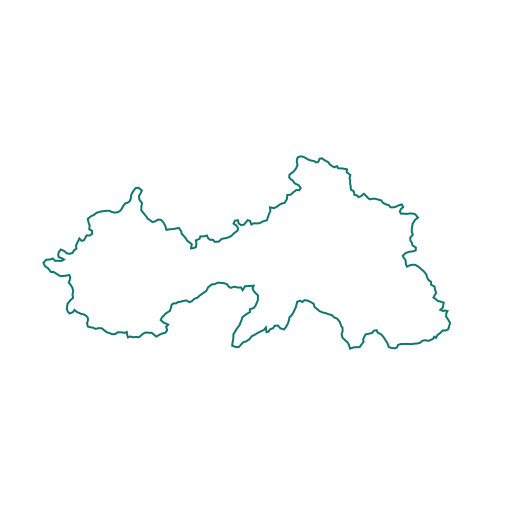 the district of Tapiraí, São Paulo, Brazil, rotated 14°
{"feature_id": "56859067B25724400047231", "entity_name": "Tapiraí", "entity_type": "district", "adm_level": 2, "iso_a3": "BRA", "parent_name": "Brazil", "parent_adm1": "São Paulo", "projection": "albers", "projection_center": [-47.631, -23.999], "detail": "fine", "context": "isolated", "style": "outline", "palette": "teal", "viewbox_px": 512, "rotation_deg": 14, "n_neighbors": 0, "source": "geoboundaries", "source_scale": "gbopen_adm2", "svg_char_len": 5744}
<svg xmlns="http://www.w3.org/2000/svg" viewBox="0 0 512 512"><g transform="rotate(14 256 256)"><path d="M436.6,242.4L432.9,241.5L431.9,238.6L429.1,237.5L427.0,235.2L425.8,232.7L422.7,230.4L419.2,228.6L416.2,227.1L412.7,226.1L410.4,226.5L408.0,227.5L405.0,229.8L403.4,227.6L402.2,224.0L399.8,222.0L398.3,220.3L400.5,216.9L403.7,214.8L407.5,213.4L409.6,211.9L409.1,209.2L405.3,207.8L404.1,205.6L402.1,203.6L401.2,200.9L403.0,197.4L401.3,194.8L400.5,191.3L400.2,186.6L401.6,182.4L403.9,179.6L400.4,177.0L397.6,176.9L394.5,177.7L391.8,178.8L389.1,179.2L386.3,179.8L384.8,178.0L385.2,175.5L387.0,172.9L385.0,170.7L382.3,172.2L379.9,174.3L377.7,175.5L374.7,176.2L372.6,174.5L369.9,174.5L366.4,173.8L363.9,171.7L360.8,171.7L358.1,171.6L355.4,172.2L352.5,173.5L350.3,172.4L348.0,170.8L345.6,169.5L343.3,172.7L341.2,174.1L339.1,172.7L336.8,173.0L335.0,169.4L332.1,168.8L330.9,165.3L329.7,162.6L329.1,160.0L327.9,157.7L328.0,154.7L323.7,152.7L323.3,149.9L319.2,150.1L314.4,151.0L312.9,149.2L310.5,151.0L308.2,150.4L305.1,149.1L303.4,147.5L299.9,146.6L296.2,145.3L294.2,146.3L293.7,149.5L291.6,150.7L289.3,149.8L286.7,150.1L283.9,149.9L278.2,148.3L274.8,148.6L272.8,150.0L272.3,152.4L273.0,155.3L274.3,157.5L273.6,161.5L272.0,165.2L270.2,167.2L268.8,169.1L269.2,171.7L271.2,173.2L273.3,173.8L276.0,176.2L280.3,177.0L282.9,179.1L282.2,181.7L279.2,182.2L276.8,185.1L274.9,188.1L271.6,189.3L272.2,193.3L270.9,197.6L268.5,198.8L266.7,200.2L264.6,202.8L262.0,205.2L257.8,205.4L259.0,208.5L258.6,211.2L258.3,214.3L257.9,218.7L254.6,220.6L251.5,223.3L249.2,224.1L245.9,224.8L243.9,226.6L241.8,223.4L239.3,223.2L236.7,228.5L234.2,229.6L231.3,228.6L229.9,225.7L227.0,226.8L226.4,230.0L229.6,231.2L231.7,233.2L232.0,235.8L229.2,239.2L227.2,242.5L224.4,244.9L221.2,246.5L218.6,247.7L216.4,251.1L212.3,252.2L210.4,250.7L207.6,251.4L205.1,250.2L203.4,248.0L200.7,249.5L197.2,250.5L197.1,252.9L193.9,255.4L195.0,258.0L195.6,261.7L193.6,263.4L191.1,264.3L190.9,260.2L188.3,258.9L185.8,258.0L183.4,255.7L180.8,253.8L178.5,252.5L177.5,250.2L174.4,247.4L171.9,248.6L169.1,249.9L166.2,250.8L162.7,252.3L160.7,248.7L157.7,245.5L155.0,243.9L152.1,244.4L149.3,247.2L147.2,248.1L144.3,246.8L142.1,246.1L140.2,244.4L138.5,243.1L135.8,241.1L133.6,239.3L132.9,236.4L132.6,232.2L129.1,229.4L127.9,226.2L128.8,223.3L129.4,220.0L125.5,218.2L122.7,219.3L120.9,223.6L120.1,227.1L120.6,230.4L120.2,233.4L118.5,235.4L116.2,236.8L114.9,240.2L114.2,243.0L112.9,245.5L111.0,247.1L108.5,248.1L105.3,248.2L103.0,247.6L100.0,248.3L95.7,249.9L90.9,252.6L88.7,255.5L86.4,257.2L83.8,260.6L85.3,263.8L87.2,266.7L87.8,270.5L90.8,271.2L91.7,274.2L89.7,276.4L86.6,277.0L86.0,279.6L85.1,282.6L82.9,283.4L80.4,281.7L79.6,285.6L78.8,289.3L80.0,292.3L78.1,294.4L77.3,297.3L74.6,299.0L71.7,299.2L69.1,297.7L65.1,296.9L63.7,299.9L63.8,302.8L64.9,304.8L68.3,305.2L70.5,305.9L68.3,307.9L65.0,308.5L62.4,309.3L59.4,307.6L56.8,309.3L53.3,310.4L51.4,314.0L53.7,317.0L57.0,318.1L60.9,321.1L63.5,320.5L66.4,321.4L70.9,322.9L74.8,321.7L79.5,319.6L80.9,321.6L81.1,324.2L80.8,327.1L82.8,328.6L85.6,331.3L87.2,334.6L87.2,337.5L88.6,341.0L86.7,343.6L84.7,348.0L85.3,353.4L87.0,355.6L89.0,356.9L91.8,354.9L93.0,352.2L95.3,353.5L100.6,354.5L102.7,354.3L105.9,355.2L107.8,356.7L108.5,359.2L108.3,362.1L109.8,365.1L112.1,365.2L115.5,365.0L118.0,365.5L121.2,363.9L124.1,363.5L126.7,364.8L130.0,366.2L132.4,366.2L135.3,366.7L138.5,365.7L140.1,363.6L144.5,362.5L147.1,362.4L149.0,361.0L149.8,363.1L151.4,365.9L153.6,364.5L156.4,364.6L159.4,363.5L161.7,363.3L163.4,361.4L165.2,358.8L167.2,357.0L170.1,356.5L173.4,355.8L178.7,358.3L181.6,355.6L183.8,353.9L186.5,352.5L187.8,349.5L186.0,346.6L187.4,343.8L184.4,343.3L182.2,342.9L179.0,341.2L179.5,338.8L180.9,336.0L182.6,333.3L185.9,329.9L185.9,326.3L186.0,323.6L187.6,321.8L189.9,321.4L191.3,319.6L193.4,318.8L196.0,317.4L199.0,316.0L202.7,316.9L204.8,315.2L206.6,312.4L209.0,310.9L211.1,307.8L213.6,304.9L216.3,301.8L217.1,298.0L219.9,294.3L222.7,293.3L225.6,291.0L232.0,290.1L234.7,290.4L236.8,292.3L239.3,293.0L242.4,291.0L246.2,291.0L249.0,290.1L251.3,292.4L252.7,288.0L257.2,286.6L260.9,285.4L260.4,288.0L262.0,290.3L264.1,291.8L267.5,293.8L268.5,298.5L267.6,304.2L266.4,307.0L262.9,309.2L263.7,311.9L261.2,314.3L259.1,316.8L257.5,318.9L257.5,321.8L257.0,324.7L256.7,327.2L254.8,331.5L254.1,334.2L253.0,337.3L254.0,341.7L254.2,345.9L254.6,348.8L258.7,349.2L261.2,348.6L262.6,346.2L264.1,343.2L267.6,340.8L269.9,338.1L271.2,334.9L273.4,333.1L275.9,330.6L278.1,328.6L281.5,325.9L282.9,323.0L284.6,327.3L286.5,326.3L287.3,323.9L290.1,321.8L291.1,319.1L294.2,318.2L297.2,320.3L300.9,320.5L302.1,318.2L303.3,313.8L303.5,310.0L303.3,307.4L305.0,304.5L305.8,302.3L306.3,299.7L307.0,296.3L307.1,290.4L309.5,288.7L312.2,289.4L313.7,287.1L317.1,286.8L320.7,287.5L323.7,288.6L325.1,291.3L327.9,292.5L330.6,294.0L334.3,294.7L336.9,294.5L339.8,294.9L343.8,295.0L346.5,296.6L350.0,297.2L353.3,299.7L355.5,303.2L357.3,304.8L358.2,307.8L358.0,311.3L359.8,314.5L362.5,315.9L366.1,317.9L367.9,320.1L369.6,323.1L373.0,321.0L376.1,320.0L378.6,319.3L379.9,316.0L381.1,313.1L380.1,311.0L380.5,308.7L381.4,305.5L383.8,304.4L387.1,302.7L388.5,299.9L391.1,298.8L392.4,300.8L396.1,301.7L399.0,303.5L401.6,306.0L404.5,308.6L406.9,312.3L409.8,312.4L412.7,312.1L414.8,310.9L415.4,307.9L417.5,306.5L421.4,305.4L424.7,304.6L428.3,303.9L431.2,302.6L433.4,302.0L436.2,300.5L437.8,298.1L440.6,296.8L443.8,296.6L446.1,295.0L447.9,293.5L448.4,291.2L450.5,291.9L451.1,288.9L453.8,285.6L455.0,283.2L458.0,282.4L460.3,280.6L460.4,276.8L460.6,274.1L457.8,271.2L455.1,268.8L454.5,265.6L455.1,263.1L452.8,263.1L450.8,264.1L447.9,263.6L449.7,261.1L449.4,255.8L446.3,255.6L443.4,255.6L440.4,254.2L438.2,253.4L438.9,250.6L439.8,248.3L438.0,245.6L436.6,242.4Z" fill="none" stroke="#0f766e" stroke-width="2"/></g></svg>